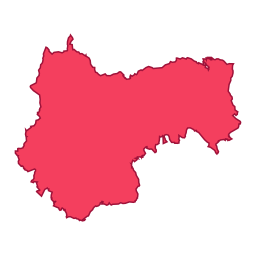 Chiuiesti, Cluj, Romania
{"feature_id": "2599482B81341835248547", "entity_name": "Chiuiesti", "entity_type": "district", "adm_level": 2, "iso_a3": "ROU", "parent_name": "Romania", "parent_adm1": "Cluj", "projection": "albers", "projection_center": [23.916, 47.321], "detail": "fine", "context": "isolated", "style": "filled", "palette": "rose", "viewbox_px": 256, "rotation_deg": 0, "n_neighbors": 0, "source": "geoboundaries", "source_scale": "gbopen_adm2", "svg_char_len": 5754}
<svg xmlns="http://www.w3.org/2000/svg" viewBox="0 0 256 256"><path d="M137.9,194.0L136.3,190.9L136.0,189.1L138.1,186.2L139.1,186.1L139.6,185.3L138.8,182.6L138.6,179.3L136.3,175.4L135.6,172.5L133.6,170.3L133.0,168.3L132.2,168.0L132.5,167.8L131.8,167.1L132.1,166.7L131.5,165.9L131.6,164.3L131.1,163.6L131.6,163.7L132.7,160.3L133.9,160.8L134.5,161.6L136.8,159.9L137.6,158.4L138.2,158.6L137.8,158.0L136.4,158.7L135.5,158.3L137.1,157.9L137.5,156.3L137.7,157.2L139.7,156.8L141.8,157.5L143.5,156.9L142.1,156.7L141.8,157.2L141.8,156.5L141.5,156.4L142.4,155.5L143.9,155.5L145.5,153.4L143.9,150.4L143.8,149.0L145.8,147.0L146.9,146.6L147.1,147.1L146.7,148.0L146.9,148.3L149.5,149.2L151.1,149.0L152.0,149.3L155.0,152.6L156.2,151.8L156.2,149.9L155.3,148.5L155.3,146.3L155.8,144.6L157.1,144.6L159.0,143.3L158.8,142.8L159.4,140.0L159.6,136.5L160.6,137.0L161.8,136.6L162.7,135.7L163.0,136.3L163.3,143.5L167.0,141.8L165.3,139.9L165.0,138.3L164.3,137.5L164.2,135.9L164.9,135.0L166.1,134.6L167.9,134.9L169.1,136.5L169.7,139.6L171.6,142.4L174.5,142.4L174.6,143.2L177.8,143.3L179.0,142.9L178.8,141.9L179.5,140.2L178.6,139.1L179.1,137.9L178.9,135.4L182.3,137.6L184.5,137.8L185.4,136.3L185.2,135.2L186.1,132.8L186.5,130.0L187.2,128.7L187.7,128.0L190.2,127.8L193.7,129.6L194.6,131.0L196.1,130.3L196.5,130.6L196.5,131.4L198.7,132.5L204.6,139.7L207.1,142.0L209.0,143.1L208.9,145.4L208.1,146.6L210.5,147.3L214.4,150.1L215.0,150.8L215.7,152.7L216.9,154.0L217.5,153.0L218.1,152.9L218.5,151.6L217.2,149.1L216.7,146.2L216.0,145.1L215.9,144.1L218.2,142.1L218.0,141.8L218.5,140.8L219.1,141.1L220.3,140.0L223.7,139.5L225.2,140.3L225.3,139.0L226.0,138.8L226.7,139.5L227.6,139.2L227.8,140.3L228.3,140.0L228.9,140.4L231.8,138.9L228.9,136.8L229.4,136.5L228.9,135.9L229.0,135.3L228.5,135.0L228.9,134.0L230.4,132.4L238.0,128.0L238.6,126.8L239.0,124.1L238.6,123.5L239.5,124.1L240.3,123.9L240.6,122.2L240.1,121.3L235.8,118.6L232.7,115.5L234.7,113.9L236.0,115.4L237.3,114.3L237.4,112.5L237.8,111.9L235.0,109.9L234.8,106.6L233.0,105.1L231.2,100.6L232.3,99.0L232.0,96.9L230.4,95.2L230.2,94.2L228.2,91.2L229.1,84.4L230.8,80.5L230.8,78.0L232.2,76.3L233.0,73.0L233.0,70.8L232.4,69.3L232.4,68.0L232.6,65.3L233.4,63.8L229.3,63.7L226.9,64.4L224.0,61.2L222.6,60.2L220.0,59.8L218.4,58.9L216.6,58.9L215.4,59.6L214.1,59.6L211.4,57.4L209.1,57.4L212.0,59.1L211.8,59.8L210.7,59.8L210.2,59.1L206.9,57.9L206.2,57.9L206.6,59.0L206.2,59.1L206.2,59.6L205.9,59.1L203.1,58.9L203.8,61.3L203.0,61.7L203.1,62.2L205.7,63.2L205.7,64.6L206.0,64.1L206.2,64.4L205.8,65.5L207.1,65.4L209.0,67.2L208.2,68.0L208.9,69.0L208.4,69.9L208.1,68.7L205.3,67.5L205.6,65.6L204.3,65.3L203.6,63.6L203.1,64.9L202.3,64.4L202.4,64.0L201.1,63.9L198.6,62.7L198.4,62.9L198.8,63.5L198.4,63.7L196.5,62.6L196.2,61.7L194.4,61.2L191.3,58.9L187.6,57.7L187.0,57.9L186.2,59.0L182.5,57.8L180.2,59.0L176.9,58.0L176.4,58.1L176.4,60.4L175.1,61.9L172.4,62.3L170.5,61.6L169.4,63.6L165.3,64.9L162.1,67.7L153.2,68.5L152.1,67.6L148.6,66.5L146.0,67.6L142.1,70.5L141.1,69.9L138.3,71.2L137.3,73.6L136.5,74.6L134.8,73.8L134.6,74.5L132.2,76.2L130.5,75.2L129.9,77.1L130.1,77.7L130.4,77.3L130.4,78.3L129.4,78.9L126.6,79.3L125.4,77.9L125.1,78.3L124.3,77.5L123.7,75.7L123.3,76.1L123.0,75.8L123.8,75.0L120.7,71.9L119.3,71.9L117.3,73.5L113.5,74.1L110.4,75.7L106.7,75.6L105.2,73.9L100.6,75.7L98.7,74.5L96.9,72.6L95.6,72.3L94.7,70.0L94.7,67.5L92.7,67.3L90.6,64.2L90.2,60.5L89.1,58.1L86.1,56.2L85.9,55.1L85.4,55.9L81.9,53.6L80.0,53.8L78.7,52.0L76.9,51.9L74.0,49.4L73.0,49.8L72.6,48.5L72.2,44.6L69.8,44.1L71.1,41.3L73.0,39.2L72.4,37.6L70.5,35.1L70.3,35.9L68.5,37.9L67.5,41.7L67.4,44.4L67.8,45.7L67.3,48.8L67.5,50.1L67.1,50.8L64.0,51.1L64.1,51.5L63.5,52.1L62.1,52.8L58.5,51.8L54.0,52.4L52.1,54.1L49.1,51.3L49.0,49.9L47.2,47.8L46.0,47.2L43.4,54.0L43.7,56.0L42.8,58.3L43.1,59.5L42.6,62.1L42.0,63.4L40.7,64.7L40.3,67.8L38.6,70.2L39.4,73.3L39.1,74.5L39.2,75.3L36.9,78.0L36.4,82.2L36.0,83.0L30.8,85.6L30.3,86.3L30.6,87.6L33.4,90.6L39.6,95.0L40.2,99.4L39.9,102.9L40.9,106.9L39.8,108.5L39.8,109.3L39.3,110.0L39.7,110.6L38.7,112.3L37.8,112.4L38.0,113.2L37.5,113.2L37.7,114.1L37.4,114.5L39.4,116.3L40.3,118.1L38.3,119.8L36.1,120.4L35.6,123.6L34.0,125.8L30.8,126.4L31.2,127.3L26.6,130.8L25.8,129.8L26.0,131.5L25.5,134.1L26.0,136.4L26.8,136.7L26.2,137.1L26.5,141.0L24.2,143.5L23.9,144.6L24.1,145.8L23.4,146.5L23.0,147.8L20.9,148.5L18.2,148.4L17.8,148.6L17.7,151.1L15.4,151.0L15.4,153.2L17.2,155.4L18.1,155.7L17.8,156.0L19.1,159.7L18.3,161.2L18.5,163.4L21.2,166.3L21.9,166.3L22.1,165.9L22.9,166.3L23.4,166.9L23.6,168.2L24.6,168.5L24.3,169.1L24.7,169.7L27.2,170.6L27.9,171.6L34.6,169.0L35.5,169.6L35.5,171.1L34.7,172.2L34.6,173.8L33.9,175.5L34.0,178.4L32.9,179.9L31.7,180.5L31.1,181.8L33.4,182.6L34.0,181.6L37.2,182.0L36.5,182.8L37.6,186.5L37.0,186.9L39.6,190.0L40.2,189.6L39.4,190.5L37.1,190.9L36.6,191.6L41.5,196.2L44.8,189.4L46.8,188.3L46.7,188.6L48.8,189.0L48.5,190.6L52.2,192.2L51.3,194.9L51.1,197.9L51.9,198.1L51.5,199.4L53.8,201.8L56.2,201.2L53.7,203.0L54.3,204.2L53.5,205.8L58.7,208.0L59.2,209.5L60.0,210.3L61.5,209.7L61.5,208.5L62.2,208.0L63.7,209.1L63.7,209.9L64.2,210.4L64.4,210.5L64.4,209.7L65.0,209.6L65.4,211.4L66.4,213.2L66.8,215.5L66.3,216.6L66.6,217.7L68.4,216.8L70.4,216.7L74.0,218.4L75.9,218.0L76.4,218.7L78.6,219.2L79.4,220.4L79.8,220.0L82.9,220.9L83.4,220.4L84.5,220.4L85.0,219.6L83.1,219.4L87.2,216.2L88.4,215.9L90.3,211.8L92.7,209.6L93.2,208.3L94.2,207.1L95.6,206.0L96.5,206.4L98.6,205.7L99.9,204.4L100.3,202.9L101.1,202.8L102.0,201.4L103.1,201.9L101.9,204.0L104.3,204.0L106.8,205.2L108.3,204.5L109.2,202.9L110.4,204.5L111.4,205.0L112.6,204.3L118.5,204.0L120.7,202.7L122.9,203.5L125.3,203.3L129.4,201.9L133.6,202.3L135.2,201.7L135.1,200.8L136.1,200.3L136.9,198.4L137.4,198.1L137.2,197.6L137.6,197.0L137.9,194.0Z" fill="#f43f5e" stroke="#9f1239" stroke-width="1.5"/></svg>